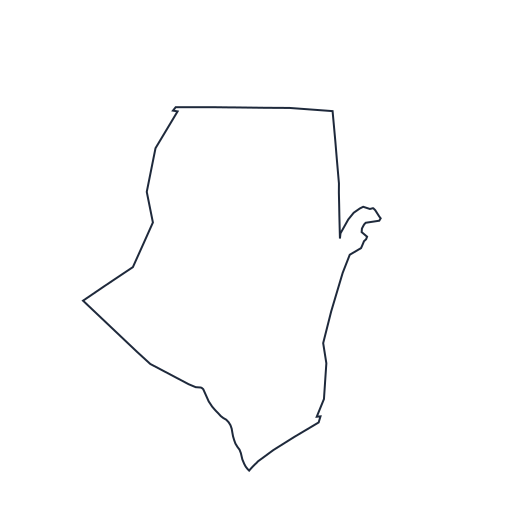 San Cristóbal Suchixtlahuaca, Oaxaca, Mexico, rotated 135°
{"feature_id": "50627088B15644266114804", "entity_name": "San Cristóbal Suchixtlahuaca", "entity_type": "district", "adm_level": 2, "iso_a3": "MEX", "parent_name": "Mexico", "parent_adm1": "Oaxaca", "projection": "mercator", "projection_center": [-97.381, 17.726], "detail": "fine", "context": "isolated", "style": "outline", "palette": "slate", "viewbox_px": 512, "rotation_deg": 135, "n_neighbors": 0, "source": "geoboundaries", "source_scale": "gbopen_adm2", "svg_char_len": 1338}
<svg xmlns="http://www.w3.org/2000/svg" viewBox="0 0 512 512"><g transform="rotate(135 256 256)"><path d="M412.1,114.8L412.3,113.8L412.6,111.3L412.6,109.1L409.8,109.3L407.1,109.4L403.6,109.4L402.2,109.3L399.8,109.4L380.9,106.5L356.9,101.0L329.4,94.0L323.8,97.0L326.7,99.4L309.1,106.8L294.7,119.4L282.1,130.4L270.1,146.9L242.1,163.6L236.2,166.8L206.6,182.8L188.8,190.6L176.1,187.3L172.3,188.8L169.2,190.1L166.3,190.0L163.8,191.1L164.4,198.2L161.7,200.5L158.2,201.6L156.8,201.9L154.9,201.9L143.9,193.8L141.2,194.5L140.9,196.9L139.3,204.1L139.3,206.7L139.5,207.1L142.2,208.7L145.4,215.0L149.0,216.2L156.3,217.5L164.9,216.6L180.2,212.3L180.5,212.1L184.3,209.0L168.7,225.4L161.0,233.4L152.5,242.3L146.1,248.6L130.4,267.3L118.8,281.0L99.4,304.3L127.6,337.0L145.0,354.6L164.8,374.9L171.1,381.3L179.1,389.5L207.6,418.0L211.9,417.5L209.2,413.7L250.8,403.3L287.9,378.6L305.2,352.6L326.1,344.6L350.9,335.2L384.6,341.9L409.9,346.7L407.9,272.4L407.1,254.4L394.3,213.0L391.4,205.9L388.0,202.0L387.6,200.8L387.5,199.1L390.4,191.5L392.3,186.5L392.7,184.4L393.5,180.6L393.8,176.7L393.9,174.4L393.9,172.0L394.1,167.7L393.7,164.6L392.8,161.3L392.9,157.8L393.7,154.4L395.3,151.1L397.7,147.7L399.7,144.8L401.6,141.3L403.2,137.9L404.1,134.2L404.6,130.7L406.1,127.3L409.5,121.8L411.3,117.4L412.1,114.8Z" fill="none" stroke="#1e293b" stroke-width="2"/></g></svg>